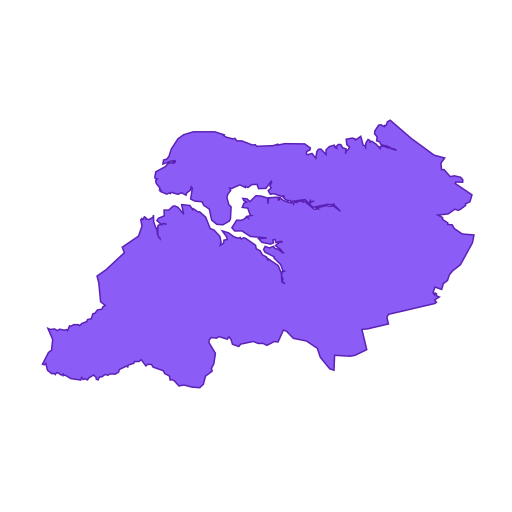 the district of Henderson-Massey Local Board Area, Auckland, New Zealand, rotated 267°
{"feature_id": "76426892B68430055344516", "entity_name": "Henderson-Massey Local Board Area", "entity_type": "district", "adm_level": 2, "iso_a3": "NZL", "parent_name": "New Zealand", "parent_adm1": "Auckland", "projection": "natural_earth1", "projection_center": [174.63, -36.849], "detail": "fine", "context": "isolated", "style": "filled", "palette": "violet", "viewbox_px": 512, "rotation_deg": 267, "n_neighbors": 0, "source": "geoboundaries", "source_scale": "gbopen_adm2", "svg_char_len": 6117}
<svg xmlns="http://www.w3.org/2000/svg" viewBox="0 0 512 512"><g transform="rotate(267 256 256)"><path d="M143.3,206.2L146.1,205.6L150.7,208.3L160.9,210.4L172.0,204.5L174.3,204.7L176.9,207.0L176.0,212.5L177.5,214.7L174.4,223.0L176.8,224.6L174.2,226.6L169.1,227.9L166.5,234.1L168.8,236.1L170.8,248.8L168.6,253.4L168.3,258.5L166.2,262.2L169.6,269.7L169.0,273.5L180.6,279.5L179.3,282.5L171.8,289.0L168.5,301.9L160.6,312.4L151.5,314.9L139.5,323.7L137.8,327.9L152.7,329.3L151.0,344.8L151.6,349.6L156.7,361.7L177.2,357.9L177.4,363.7L181.2,384.7L187.7,383.5L190.8,385.2L199.2,432.1L200.3,433.8L202.8,432.1L205.5,436.9L206.8,434.1L208.8,434.3L209.7,432.8L207.8,432.3L210.1,430.8L215.6,433.1L212.9,439.7L218.6,441.6L221.5,445.9L227.2,448.2L230.9,451.6L236.6,459.7L257.8,472.8L265.6,474.8L267.2,463.1L273.0,455.5L276.9,453.5L277.5,449.1L279.1,449.2L282.8,444.2L284.6,444.4L287.3,439.8L288.0,450.2L292.3,457.0L291.1,460.1L291.7,462.2L295.5,468.0L297.0,467.8L299.0,472.5L305.8,474.9L318.0,458.7L319.4,459.3L318.9,466.3L321.3,466.5L323.9,464.5L325.7,458.3L325.1,454.1L332.5,448.3L332.4,445.9L339.1,445.5L344.0,449.6L347.4,439.1L365.2,417.3L384.6,397.1L383.2,394.3L379.5,392.7L379.6,391.2L378.4,390.8L380.5,387.8L380.3,385.4L374.7,381.2L371.9,380.8L368.6,383.2L364.7,382.5L363.5,385.3L360.4,386.9L359.1,392.4L357.3,395.7L356.9,396.3L356.1,396.8L356.0,398.9L354.2,402.0L355.9,396.8L357.2,395.7L356.9,393.8L358.9,389.6L358.9,385.8L356.8,385.6L361.4,381.8L364.5,377.6L363.8,375.8L365.5,375.7L366.5,374.0L363.2,371.7L358.9,371.1L360.6,370.4L361.1,368.8L370.0,366.9L366.6,361.4L367.9,360.9L368.7,358.2L367.9,352.2L362.5,352.5L360.0,354.9L357.7,354.0L356.5,351.8L353.4,350.7L358.3,351.5L359.5,348.3L362.8,346.5L363.1,344.0L360.9,341.6L359.5,342.2L360.2,340.7L362.6,340.0L361.4,334.9L358.3,331.5L353.7,331.3L359.3,326.5L359.3,323.9L357.1,322.2L350.6,320.8L355.5,317.3L354.4,312.7L355.0,311.7L357.7,312.1L359.0,315.4L361.1,315.9L365.4,310.5L366.7,290.7L365.6,283.3L366.5,283.4L365.3,279.0L365.5,262.4L367.2,261.1L367.0,258.3L371.7,247.8L372.0,242.9L374.6,241.1L374.1,239.3L376.3,232.3L378.2,229.7L378.7,230.5L382.2,221.3L383.3,200.0L380.9,190.1L377.1,184.2L367.4,177.1L360.1,174.3L357.5,172.1L356.7,168.7L352.7,167.8L355.2,175.8L355.5,180.9L354.6,178.8L353.6,180.9L354.4,177.5L352.9,178.2L353.6,175.1L352.7,172.6L350.0,170.2L345.4,160.4L340.4,159.1L338.6,159.4L338.2,161.4L336.3,159.7L333.6,160.2L328.9,163.6L327.1,163.0L326.6,164.6L325.5,163.8L322.5,170.0L323.4,172.6L322.8,173.7L324.0,174.7L321.7,181.3L323.0,185.0L320.4,189.3L322.7,190.2L325.1,193.9L328.5,194.9L327.1,196.0L316.3,193.7L314.0,197.9L313.0,204.9L309.4,206.4L305.3,211.8L294.2,213.6L289.7,218.4L288.9,224.6L292.3,231.2L294.2,232.4L306.3,233.7L308.7,231.6L315.7,230.0L319.0,231.0L322.9,234.2L325.2,233.2L324.7,235.3L327.9,243.6L325.0,248.9L326.1,249.1L324.8,251.5L327.5,255.4L327.5,260.7L323.1,262.1L323.0,269.4L329.9,275.1L328.9,275.6L325.2,273.5L323.3,274.8L320.6,271.6L316.9,273.5L317.3,276.9L314.1,285.1L314.7,286.4L313.9,287.9L313.9,285.8L311.4,287.7L309.4,291.2L309.8,292.9L308.6,293.8L309.8,307.9L304.7,312.5L306.6,312.1L308.4,313.2L307.2,313.4L307.8,317.0L306.5,312.6L304.2,312.9L301.6,315.6L303.9,330.3L303.1,334.8L304.3,337.1L303.0,335.3L301.8,337.8L296.3,342.6L302.1,335.8L301.6,332.1L302.7,329.3L300.9,318.9L299.8,320.7L299.7,316.5L308.7,306.6L308.7,305.3L306.7,306.1L308.5,304.9L308.1,299.4L306.7,299.8L307.8,299.2L307.5,297.1L306.0,296.2L307.1,296.0L307.8,291.2L310.1,286.1L313.2,282.9L313.2,282.0L311.1,282.5L310.6,281.4L313.6,280.9L313.5,271.6L307.3,270.7L313.3,270.7L315.6,264.2L316.2,259.1L310.6,252.8L313.5,250.0L314.2,245.8L311.8,246.8L310.3,249.4L309.2,246.6L305.3,244.8L304.2,250.3L297.4,252.3L296.7,253.6L296.1,249.4L294.2,250.3L295.5,248.2L293.4,246.1L292.4,242.9L292.8,238.6L285.5,233.4L282.1,236.1L281.8,243.2L275.8,251.4L273.5,267.7L273.1,259.5L269.3,262.7L267.1,271.2L268.2,274.2L271.0,273.6L271.6,275.8L268.4,276.6L269.4,281.1L268.7,283.4L268.4,279.9L265.4,276.0L260.9,281.3L258.0,282.7L258.0,283.7L257.7,284.3L257.9,282.5L261.6,278.4L262.5,275.4L264.7,273.9L263.4,269.7L265.1,265.6L262.0,263.9L259.3,265.2L254.3,274.0L253.2,273.8L246.1,280.2L239.7,282.1L239.3,284.4L239.0,281.3L235.1,280.4L231.5,281.7L228.9,280.8L226.8,283.6L228.5,280.5L237.5,280.4L245.2,277.7L252.6,268.0L250.7,267.8L254.6,266.3L256.8,262.4L260.9,260.5L263.3,256.6L266.8,256.1L274.3,246.4L274.9,244.8L273.8,242.0L275.4,241.2L274.7,239.3L276.2,235.2L280.6,229.7L282.8,223.7L276.4,227.8L274.0,228.1L273.5,224.8L270.5,224.3L268.5,220.8L271.7,221.9L277.6,220.9L284.1,215.4L286.0,211.6L297.4,207.8L303.1,202.0L302.9,200.5L306.6,195.8L305.6,195.2L309.9,192.6L311.2,184.4L301.5,186.0L308.6,180.7L310.1,178.0L310.2,175.9L306.4,171.2L306.7,166.6L300.9,166.5L298.8,160.5L296.5,158.9L292.4,163.2L293.3,165.4L293.1,166.6L292.3,168.4L293.2,165.3L292.1,163.6L292.5,161.4L291.4,159.6L282.7,159.0L280.4,159.7L278.8,161.1L278.3,161.1L280.4,159.5L282.9,158.7L289.1,158.4L289.0,157.5L295.5,155.6L302.3,155.8L300.2,155.2L298.1,151.4L298.7,147.8L299.8,148.2L301.0,146.6L298.3,144.9L299.4,143.8L298.1,142.8L291.8,143.7L282.0,139.7L271.8,122.9L266.2,124.7L250.1,105.5L244.3,96.2L237.3,97.6L218.5,98.4L214.5,102.9L213.3,100.4L211.0,99.4L210.4,94.8L207.3,92.2L206.8,90.0L202.0,88.3L201.3,84.4L199.4,83.6L197.8,78.6L195.6,76.2L196.7,75.2L197.0,70.5L195.5,67.3L196.0,66.1L191.3,63.9L192.4,62.9L191.9,60.7L193.2,56.2L191.9,53.8L193.7,51.0L193.4,46.8L194.6,44.4L183.3,48.6L172.6,46.9L170.5,43.7L159.1,37.1L158.5,38.9L159.7,40.4L152.8,41.8L149.2,45.8L149.2,48.4L148.1,49.3L149.9,50.8L149.4,52.5L147.3,55.3L148.0,57.3L146.6,57.2L147.1,59.0L143.3,64.6L141.3,74.5L143.8,75.6L141.7,76.9L142.3,78.7L141.1,81.3L142.9,82.4L145.6,87.6L143.1,90.0L141.4,90.0L140.5,91.8L143.5,93.4L143.4,95.8L145.6,99.1L144.7,101.7L145.9,104.3L145.4,109.3L147.2,112.7L149.8,113.6L152.8,120.8L151.9,122.1L153.7,122.7L155.2,128.2L156.9,129.1L156.8,133.7L158.5,135.9L152.0,140.3L153.5,142.1L153.1,146.1L150.5,147.3L146.3,157.3L143.3,158.8L140.7,163.2L136.6,163.8L136.9,165.9L135.5,168.0L130.3,172.2L130.9,177.4L128.5,184.9L127.4,192.9L130.6,196.7L138.7,199.3L143.3,206.2Z" fill="#8b5cf6" stroke="#5b21b6" stroke-width="1.5"/></g></svg>